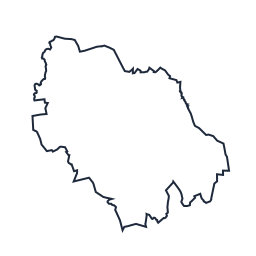 the district of Rosario, Sonora, Mexico, rotated 352°
{"feature_id": "50627088B12360956562142", "entity_name": "Rosario", "entity_type": "district", "adm_level": 2, "iso_a3": "MEX", "parent_name": "Mexico", "parent_adm1": "Sonora", "projection": "mercator", "projection_center": [-109.365, 28.044], "detail": "fine", "context": "isolated", "style": "outline", "palette": "slate", "viewbox_px": 256, "rotation_deg": 352, "n_neighbors": 0, "source": "geoboundaries", "source_scale": "gbopen_adm2", "svg_char_len": 5161}
<svg xmlns="http://www.w3.org/2000/svg" viewBox="0 0 256 256"><g transform="rotate(352 128 128)"><path d="M211.3,147.9L206.8,145.7L204.4,145.8L198.4,138.0L194.6,135.2L193.5,131.1L192.8,126.0L192.2,122.5L191.8,121.4L191.3,120.1L190.6,118.0L190.4,117.2L190.2,117.1L190.2,116.8L190.3,116.6L190.3,116.4L190.3,116.1L190.2,115.9L190.0,115.7L189.8,115.4L189.7,115.3L189.7,115.1L189.8,115.0L190.0,114.9L190.4,114.6L190.2,114.5L190.1,114.4L190.1,114.1L189.9,114.0L189.8,113.8L189.6,113.8L189.6,113.5L189.4,113.4L189.4,113.2L189.6,113.1L189.7,112.9L189.9,112.8L189.6,112.7L189.4,112.6L189.3,112.2L189.2,112.1L189.2,111.9L189.0,111.7L188.9,111.5L188.8,111.4L188.7,111.4L188.7,111.1L188.6,110.8L188.6,110.7L188.6,110.2L188.4,110.0L188.2,109.6L188.0,109.4L187.8,108.9L187.7,108.7L187.8,108.5L187.7,108.4L187.8,108.2L187.6,108.1L187.5,107.8L187.5,107.7L187.2,107.5L187.2,107.3L187.2,107.0L187.3,107.0L187.3,106.9L187.2,106.8L187.2,106.6L187.1,106.3L186.9,106.1L187.0,105.7L187.0,105.4L186.4,105.5L186.5,105.4L186.3,105.2L186.2,104.9L186.1,104.7L185.8,104.6L185.8,104.4L185.6,104.2L185.6,103.8L185.6,103.7L185.4,103.3L185.4,103.2L185.5,103.1L185.7,102.8L185.7,102.4L185.7,102.2L185.7,101.9L185.6,101.7L185.6,101.4L185.7,101.2L185.9,101.2L186.0,101.2L186.0,100.8L185.9,100.6L185.9,100.4L185.6,100.3L185.5,100.1L185.4,100.1L185.0,99.9L184.6,99.1L184.7,98.7L184.9,98.6L184.7,98.4L184.9,98.2L185.0,97.8L185.1,97.2L185.1,96.1L185.2,95.0L186.3,89.6L183.2,89.9L182.6,87.3L176.0,84.5L176.9,82.5L175.2,80.8L172.7,76.1L169.4,73.7L168.4,72.7L165.2,75.2L162.9,76.6L161.3,76.2L161.6,75.3L157.6,71.3L156.7,73.0L154.8,74.9L153.2,74.8L152.0,75.1L148.2,74.6L148.4,73.0L145.7,70.9L142.1,74.5L140.4,74.5L141.1,70.0L140.0,70.9L137.1,72.6L132.8,71.2L131.7,68.4L124.8,48.6L120.9,45.9L116.0,43.1L113.3,43.5L113.2,43.3L108.4,43.2L95.5,45.5L91.0,45.7L90.1,39.8L87.5,33.4L84.3,32.1L77.9,30.8L70.0,27.5L69.0,27.5L68.5,27.5L68.4,27.6L68.2,27.7L68.1,27.9L68.0,28.4L68.0,28.6L67.9,28.8L67.7,29.0L67.3,29.6L66.7,30.3L66.4,30.6L66.2,30.7L66.0,30.8L65.8,30.8L65.6,30.8L65.3,30.9L65.1,30.9L64.8,31.0L64.5,31.3L64.1,31.5L63.8,31.6L63.5,31.6L63.1,31.6L62.8,31.7L62.6,31.8L62.4,31.9L62.4,32.2L62.2,32.3L61.9,32.7L61.9,32.8L62.0,32.9L62.2,33.0L62.4,33.1L62.5,33.3L62.6,34.2L62.6,34.8L62.6,35.1L62.6,35.4L62.8,35.8L62.9,36.1L62.9,36.3L62.9,36.5L63.2,37.6L61.7,39.4L60.4,38.6L60.0,38.4L58.6,38.5L57.6,38.8L56.6,39.8L55.9,41.0L55.0,41.5L54.6,41.6L54.3,41.9L54.1,42.2L54.0,42.7L53.6,43.2L53.3,43.9L53.3,44.6L52.4,46.3L52.7,47.3L53.3,47.2L53.9,47.5L54.2,47.8L55.0,49.0L54.9,49.5L54.9,50.3L55.7,52.5L55.6,53.1L55.9,53.9L55.5,54.4L55.5,54.8L55.0,55.3L54.9,56.1L55.1,57.8L54.9,58.5L55.0,59.5L54.8,60.4L54.5,60.8L54.1,61.3L53.3,63.5L52.8,65.4L53.0,66.6L52.8,67.2L52.7,67.4L52.5,67.7L52.5,67.8L52.4,67.8L52.0,67.9L51.6,67.8L51.2,67.8L50.9,68.1L50.5,68.3L49.9,68.8L49.7,69.0L49.4,69.3L49.1,69.4L48.9,69.6L48.6,69.9L48.1,70.6L47.8,71.2L47.7,71.4L47.8,71.5L48.0,71.8L48.0,72.0L48.0,72.4L47.9,72.6L47.7,72.8L47.3,72.8L47.0,72.9L47.0,73.0L46.8,73.3L46.5,73.4L46.3,73.5L46.1,73.5L45.8,73.1L45.4,72.7L44.9,72.2L44.3,71.7L44.0,71.6L43.4,71.4L43.1,71.4L42.7,71.4L42.0,71.8L41.5,72.5L41.4,72.8L41.4,73.1L41.4,73.5L41.4,74.5L41.4,74.8L41.4,76.4L41.4,77.1L41.5,77.4L41.9,77.7L42.2,77.9L42.8,78.4L42.8,78.5L42.6,78.8L42.5,79.6L42.6,79.9L42.6,80.0L42.4,80.4L42.1,80.6L41.6,80.6L41.2,80.6L40.9,80.7L40.7,80.6L40.1,81.0L39.6,81.4L39.5,81.5L39.5,82.1L40.0,83.1L40.1,83.4L40.1,84.3L40.0,84.5L39.3,85.4L39.2,85.6L39.1,87.1L39.3,87.2L39.3,87.7L49.3,87.9L49.2,91.3L52.0,92.1L48.9,96.9L49.3,102.8L43.4,102.5L35.1,102.8L33.9,116.7L36.8,118.6L37.4,119.4L39.5,126.6L40.1,132.4L42.2,135.8L44.4,139.6L49.5,139.3L50.3,140.9L53.7,139.8L54.9,139.4L57.9,137.2L59.2,137.2L63.0,138.3L64.6,142.7L63.4,143.1L65.3,146.6L66.1,146.8L63.9,152.9L64.5,154.4L65.8,155.4L66.3,156.1L67.1,156.1L68.6,163.3L71.7,162.8L71.3,165.5L66.8,173.4L82.4,171.8L82.8,172.3L85.7,177.3L86.1,178.9L87.2,186.9L93.9,192.8L94.7,193.2L95.1,193.3L96.2,193.8L101.1,195.6L102.1,196.0L101.4,196.1L100.0,196.2L98.9,196.7L97.6,197.8L97.5,198.8L98.7,200.4L101.0,200.8L101.6,202.0L103.6,202.7L105.1,204.7L103.9,207.4L104.6,209.4L107.2,218.4L108.4,228.5L110.6,225.4L114.0,225.2L117.0,224.8L117.3,224.7L122.6,224.1L132.1,228.4L131.8,225.4L132.0,225.2L134.2,217.7L134.4,215.7L135.0,216.1L137.0,217.0L139.0,221.2L139.7,221.5L140.2,221.0L141.3,220.4L142.3,220.9L143.1,222.7L143.7,222.9L143.9,223.0L144.1,223.2L144.1,223.5L144.0,224.1L144.0,224.6L144.4,225.2L144.7,226.0L150.8,222.1L151.0,222.1L151.8,222.4L152.6,222.1L154.3,220.4L154.0,218.3L155.7,217.3L156.0,212.7L155.9,212.4L157.2,207.0L158.5,203.2L159.0,200.9L156.9,195.0L165.0,188.3L165.4,187.3L169.7,195.2L171.0,198.0L171.7,200.6L172.1,205.5L170.5,208.6L171.5,211.0L172.6,213.0L173.0,213.1L175.8,213.5L178.5,213.1L179.2,210.3L180.7,209.4L184.7,206.4L184.2,204.8L190.4,203.2L191.0,207.3L191.4,208.4L192.3,209.7L192.9,210.4L192.8,211.2L193.7,212.0L193.9,212.1L194.3,212.2L195.0,213.1L195.4,212.9L199.1,212.1L200.5,210.4L200.6,209.4L205.8,195.0L208.8,193.2L209.7,186.2L215.6,187.7L216.1,183.4L222.1,184.4L222.1,180.8L222.0,170.5L220.9,167.7L220.7,162.2L220.4,156.7L214.6,153.0L211.3,147.9Z" fill="none" stroke="#1e293b" stroke-width="2"/></g></svg>